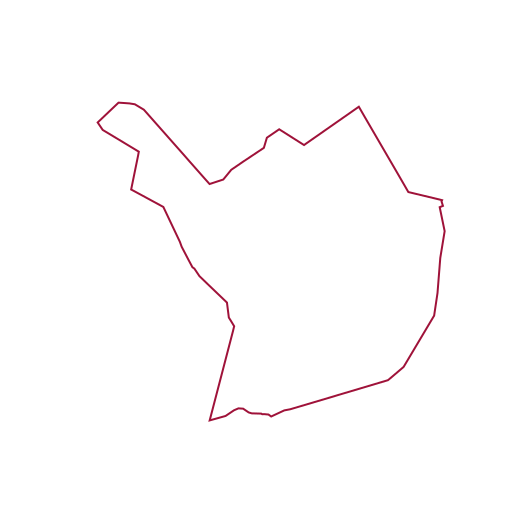 Santa María Jalapa del Marqués, Oaxaca, Mexico, rotated 15°
{"feature_id": "50627088B47200776133604", "entity_name": "Santa María Jalapa del Marqués", "entity_type": "district", "adm_level": 2, "iso_a3": "MEX", "parent_name": "Mexico", "parent_adm1": "Oaxaca", "projection": "robinson", "projection_center": [-95.524, 16.507], "detail": "fine", "context": "isolated", "style": "outline", "palette": "rose", "viewbox_px": 512, "rotation_deg": 15, "n_neighbors": 0, "source": "geoboundaries", "source_scale": "gbopen_adm2", "svg_char_len": 1078}
<svg xmlns="http://www.w3.org/2000/svg" viewBox="0 0 512 512"><g transform="rotate(15 256 256)"><path d="M386.6,154.8L373.1,141.3L325.5,94.0L316.7,85.2L275.4,134.3L273.7,136.4L245.6,127.6L235.9,138.9L235.6,149.5L219.5,167.8L209.8,179.1L204.6,190.6L192.5,198.5L185.8,194.1L167.7,182.1L161.3,177.8L109.8,143.7L99.7,140.8L95.0,141.3L94.6,141.3L89.9,142.2L83.8,143.4L83.5,143.5L81.1,147.4L68.5,168.0L75.3,173.9L109.0,183.6L115.8,185.6L116.1,189.2L118.2,224.1L120.4,224.6L127.1,226.2L153.8,232.6L178.8,262.0L181.8,266.3L191.9,277.3L197.5,283.3L199.7,284.1L206.6,290.1L216.5,295.6L240.0,308.5L244.4,319.3L245.7,322.5L248.4,325.0L253.1,329.5L253.1,330.6L253.2,334.3L253.8,424.9L253.8,426.8L268.0,418.4L274.7,410.7L278.5,407.7L283.1,406.8L289.4,409.0L292.6,409.1L301.8,406.9L302.9,407.2L305.0,406.6L309.1,405.9L312.2,407.1L323.3,397.8L328.7,395.2L368.8,370.6L370.7,369.4L415.6,341.8L418.7,337.4L427.3,324.9L443.5,267.5L440.9,244.8L434.5,210.2L433.4,199.2L431.8,183.2L420.8,161.3L423.6,159.2L421.1,155.3L421.3,153.9L386.6,154.8Z" fill="none" stroke="#9f1239" stroke-width="2"/></g></svg>